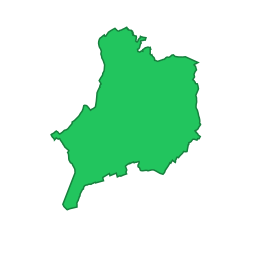 the district of Pocola, Bihor, Romania, rotated 107°
{"feature_id": "2599482B76351023541530", "entity_name": "Pocola", "entity_type": "district", "adm_level": 2, "iso_a3": "ROU", "parent_name": "Romania", "parent_adm1": "Bihor", "projection": "equal_earth", "projection_center": [22.281, 46.7], "detail": "fine", "context": "isolated", "style": "filled", "palette": "green", "viewbox_px": 256, "rotation_deg": 107, "n_neighbors": 0, "source": "geoboundaries", "source_scale": "gbopen_adm2", "svg_char_len": 5755}
<svg xmlns="http://www.w3.org/2000/svg" viewBox="0 0 256 256"><g transform="rotate(107 128 128)"><path d="M156.9,199.6L158.7,197.8L159.5,196.3L159.9,195.8L160.4,195.0L160.9,194.8L159.3,194.0L158.5,193.8L158.7,193.1L159.0,191.4L158.4,190.8L158.1,190.3L158.6,189.8L159.4,189.0L161.5,186.3L161.8,185.9L162.6,185.3L162.8,185.0L163.4,184.1L164.5,183.1L164.9,182.4L165.2,181.6L165.6,180.9L166.5,178.7L166.9,178.0L167.1,177.9L167.5,178.0L169.1,178.6L169.6,178.0L169.9,177.7L170.5,177.3L170.9,177.1L171.8,176.7L174.8,175.6L175.8,175.1L177.9,173.0L178.1,172.5L178.4,171.1L180.0,169.7L181.7,167.9L183.1,166.7L186.4,165.5L220.0,168.0L221.9,166.2L223.8,162.6L223.9,162.2L222.1,159.9L218.5,153.7L215.5,154.6L214.9,155.0L214.0,154.9L212.7,154.7L212.0,154.5L207.7,154.4L207.2,154.1L205.4,154.4L204.5,154.4L199.9,153.5L199.4,152.8L198.5,153.0L197.1,153.0L196.8,152.9L196.0,152.6L195.5,152.2L194.6,151.0L194.5,150.5L194.1,149.9L193.6,149.6L193.3,149.2L193.2,148.8L193.1,148.6L192.7,147.5L192.7,147.0L192.5,146.8L191.7,146.1L190.8,144.9L190.4,144.7L189.5,143.4L190.0,143.0L185.6,136.0L183.7,137.2L182.6,137.6L177.8,133.3L177.0,132.5L178.9,131.3L174.6,126.0L177.9,123.9L176.0,121.7L176.2,120.8L174.1,118.4L172.3,115.9L170.8,117.1L168.5,116.9L165.6,119.1L165.3,119.2L165.0,119.2L164.7,119.0L163.1,117.9L161.5,116.6L161.9,116.4L161.6,115.9L161.0,115.2L160.3,114.6L158.9,112.7L159.5,112.0L158.7,111.0L158.3,110.0L157.2,108.4L156.9,107.7L158.1,107.2L158.9,107.2L160.4,107.6L161.6,107.3L162.2,106.9L162.6,105.5L163.2,104.9L164.7,103.9L164.9,103.5L164.9,102.9L164.6,101.5L164.2,100.6L163.5,99.1L163.1,98.0L163.0,97.3L162.9,96.7L163.1,96.4L161.0,92.8L160.6,91.0L160.9,89.1L161.8,84.9L162.0,83.9L162.0,81.0L160.4,80.3L159.3,80.0L157.6,80.0L152.7,78.5L150.6,78.0L148.8,77.8L148.7,77.6L148.8,77.4L149.1,76.8L147.2,76.4L146.1,76.0L145.9,76.0L147.0,73.2L147.1,72.7L146.4,72.7L145.4,73.0L144.8,73.1L143.1,72.7L142.5,72.8L141.5,72.5L141.6,71.0L140.3,70.6L138.6,69.8L136.2,68.5L134.1,67.9L134.1,66.7L133.7,65.5L133.2,64.7L126.2,65.5L126.0,65.1L124.7,65.3L124.2,65.5L123.7,64.8L123.4,64.5L123.1,64.1L122.6,63.8L122.3,63.6L121.0,63.2L120.3,62.9L119.8,62.6L119.4,61.5L119.4,58.5L117.7,58.2L117.6,57.9L117.7,57.4L117.5,56.9L115.0,56.4L114.5,58.1L114.2,58.7L113.7,59.3L113.0,59.9L112.6,61.2L112.2,61.3L111.9,61.6L111.9,62.2L111.2,63.0L110.9,63.1L110.3,62.3L109.9,61.8L109.1,61.2L108.3,60.8L106.4,60.5L103.6,59.6L103.2,60.2L102.9,60.1L102.4,61.0L100.6,61.3L98.9,62.0L97.1,63.0L95.9,63.9L92.9,65.5L91.7,66.3L91.0,66.7L90.7,66.9L89.9,67.8L88.7,68.8L88.1,69.1L85.7,69.7L83.4,69.9L81.9,70.3L81.4,70.6L79.1,71.3L77.0,72.7L75.8,72.6L70.8,72.1L69.8,72.1L68.6,72.8L67.5,73.3L65.9,74.4L65.5,74.6L65.7,75.5L65.8,75.9L65.7,76.5L64.7,77.1L63.3,78.9L63.1,79.3L62.9,80.2L59.7,79.3L57.4,80.6L54.4,80.3L52.4,79.5L51.4,80.2L49.4,81.4L48.3,83.3L47.5,82.9L46.6,81.8L44.9,80.1L43.1,93.9L44.2,96.5L45.4,100.8L45.8,104.1L44.8,105.9L44.8,106.1L45.6,107.5L45.9,107.6L46.2,107.8L46.5,108.0L47.8,108.8L48.2,109.2L48.5,109.6L48.6,110.2L48.7,111.2L49.0,111.7L49.2,111.9L49.8,112.4L50.0,112.5L50.1,112.4L50.8,112.8L51.1,113.1L51.7,113.4L51.9,113.6L52.0,114.2L52.2,114.5L52.8,115.2L55.1,118.4L55.5,118.8L55.6,119.3L55.5,119.7L55.6,120.3L55.3,121.3L55.5,122.3L55.2,122.4L53.9,123.0L53.7,123.2L53.5,123.4L53.2,123.6L52.9,124.0L52.7,124.5L52.5,125.0L52.1,125.6L51.8,125.9L51.3,126.4L51.0,126.6L51.5,127.0L51.3,127.5L50.6,128.7L49.9,128.6L49.6,128.8L49.1,128.9L46.3,129.8L46.1,129.3L44.8,130.1L44.4,130.4L44.6,130.6L44.8,131.0L44.8,131.4L44.8,132.6L45.4,133.5L46.2,134.8L46.5,135.1L48.3,136.3L48.8,136.8L49.0,136.6L50.3,136.3L50.3,136.9L50.3,137.7L51.6,138.6L52.1,139.1L51.9,139.8L51.9,140.1L52.0,140.8L51.9,141.0L51.3,141.2L50.8,141.5L50.0,141.9L49.2,141.0L48.8,140.8L48.2,140.6L47.2,140.5L45.8,140.6L44.1,140.7L43.4,140.4L42.9,140.2L42.2,140.8L41.7,141.1L41.1,141.3L40.2,140.0L39.7,138.9L39.3,138.5L38.9,137.2L36.4,137.2L36.7,139.2L36.9,139.7L36.8,140.0L36.8,140.8L36.9,142.0L36.7,142.9L37.3,142.9L38.1,142.7L38.7,142.9L38.8,143.2L40.3,144.0L40.8,144.0L41.4,143.8L42.6,144.3L43.1,144.4L43.1,144.9L42.9,145.5L42.6,146.1L42.2,146.1L41.5,146.0L40.8,146.3L39.0,146.4L37.9,146.9L37.6,147.3L37.9,148.1L37.8,148.8L37.8,149.2L37.7,150.6L37.2,150.7L37.1,150.3L36.7,150.2L36.2,150.8L36.5,151.1L36.5,151.3L36.3,151.5L36.2,151.6L35.9,151.6L35.6,151.4L35.5,151.2L35.3,151.1L34.4,152.0L34.7,152.3L34.6,152.7L34.4,152.8L34.0,152.5L33.6,153.6L34.0,154.4L33.9,154.6L34.0,155.5L33.9,155.7L34.1,156.0L33.9,156.8L33.6,156.9L33.3,156.9L33.4,157.4L33.3,157.6L33.0,157.9L32.3,158.3L32.1,158.5L32.1,158.8L32.3,159.0L32.6,159.2L34.1,160.7L35.5,162.3L35.9,162.6L36.3,163.0L37.0,164.3L37.7,164.8L38.0,165.1L38.1,165.4L38.1,166.2L38.0,166.8L36.5,169.6L38.5,171.6L39.9,172.9L42.1,174.7L46.6,176.1L47.0,176.9L46.8,177.2L45.9,177.9L47.7,179.2L49.0,180.0L50.1,180.9L51.5,181.3L53.8,181.3L55.6,180.9L57.9,179.7L59.2,178.8L60.5,177.3L62.3,176.0L62.8,175.8L64.4,175.7L65.5,175.4L66.9,174.3L68.0,173.8L68.8,173.4L69.1,173.0L70.9,171.3L74.5,168.8L79.5,167.7L80.7,167.6L83.1,168.1L84.9,167.8L88.3,168.8L91.1,169.4L92.9,167.4L93.8,166.6L94.2,167.1L96.5,167.2L96.8,167.1L97.1,166.7L97.3,166.7L97.6,166.9L98.0,167.2L101.5,167.7L103.7,167.9L104.1,167.7L109.3,166.6L111.7,166.1L116.1,165.5L117.2,165.3L118.5,166.1L119.8,167.1L120.6,168.1L122.0,169.0L120.0,171.8L118.9,173.6L118.7,174.6L119.0,176.2L119.5,176.8L122.7,176.6L125.4,176.8L127.8,177.7L130.4,178.3L131.8,178.9L136.1,181.2L136.9,181.7L138.7,183.2L139.7,182.7L141.3,183.2L142.4,183.7L144.1,184.4L145.5,184.9L146.4,185.3L147.0,185.8L147.6,186.3L148.1,186.9L148.3,187.5L149.0,188.3L151.0,189.4L151.7,189.9L153.7,191.5L153.7,191.9L153.4,192.5L152.2,194.3L152.2,195.2L151.9,195.7L152.4,196.1L153.2,196.7L154.3,197.3L155.7,198.6L156.3,199.3L156.9,199.6Z" fill="#22c55e" stroke="#15803d" stroke-width="1.5"/></g></svg>